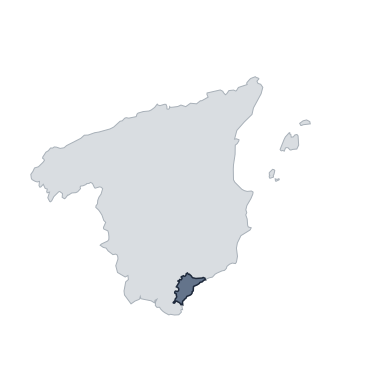 where Málaga sits in Spain, rotated 333°
{"feature_id": "ESP-5834", "entity_name": "Málaga", "entity_type": "Autonomous Community", "adm_level": 1, "iso_a3": "ESP", "parent_name": "Spain", "parent_adm1": "", "projection": "albers", "projection_center": [-4.853, 36.787], "detail": "fine", "context": "in_parent", "style": "filled", "palette": "slate", "viewbox_px": 384, "rotation_deg": 333, "n_neighbors": 0, "source": "natural_earth", "source_scale": "10m", "svg_char_len": 5193}
<svg xmlns="http://www.w3.org/2000/svg" viewBox="0 0 384 384"><g transform="rotate(333 192 192)"><path d="M200.9,97.9L201.0,98.8L202.6,100.5L207.4,101.4L208.6,102.1L208.4,104.5L207.4,106.6L208.4,107.5L209.6,107.4L210.9,105.7L211.2,106.8L213.4,107.7L218.2,109.4L221.6,109.5L225.2,113.1L230.9,112.2L236.1,115.5L240.9,114.5L242.0,115.1L249.4,114.8L249.6,111.8L250.4,110.6L263.5,113.9L265.2,116.3L265.1,117.6L265.9,120.5L267.6,120.2L270.9,118.4L275.4,120.1L276.7,121.8L277.6,121.9L280.8,119.9L289.9,121.3L290.1,119.9L290.7,119.4L294.4,117.9L295.9,117.5L300.7,118.0L301.5,119.6L302.5,120.2L303.0,121.6L300.2,122.7L300.1,125.2L302.1,127.2L302.6,130.9L298.1,135.9L284.9,145.0L280.7,150.1L270.5,153.3L259.9,157.5L253.9,164.2L255.6,164.7L257.6,166.7L257.0,167.7L254.3,169.4L251.8,169.9L247.5,178.0L241.4,186.5L239.2,190.3L234.5,200.0L234.6,202.8L237.6,212.1L239.2,214.5L241.4,216.5L245.4,218.1L246.4,219.8L245.2,221.5L241.4,224.7L234.7,229.0L231.9,232.3L231.4,235.3L229.5,236.8L228.9,241.1L226.4,247.1L226.3,248.7L228.5,250.8L226.5,252.2L215.8,253.1L209.3,258.0L206.1,262.2L203.3,270.0L199.8,274.6L198.2,275.5L195.6,273.6L192.5,273.4L189.4,274.1L187.9,275.7L185.4,276.6L182.9,275.9L177.6,275.6L175.3,275.7L171.6,277.1L168.4,276.3L163.1,275.9L151.6,277.0L150.1,277.5L145.0,282.7L139.4,282.8L134.3,284.9L130.9,289.9L130.2,292.6L129.2,291.9L128.5,292.1L128.0,294.2L124.5,295.4L120.6,293.7L117.3,291.2L115.6,291.0L112.9,287.1L111.7,284.6L110.9,281.9L110.8,280.0L108.4,278.9L107.8,276.5L109.7,273.3L112.1,271.6L109.9,271.7L108.2,273.7L106.2,270.4L98.0,263.9L98.5,261.6L97.0,263.3L96.1,263.7L91.8,263.3L86.9,264.0L85.1,253.1L86.5,249.3L92.1,242.0L95.6,241.1L97.0,237.3L93.9,237.4L89.1,229.9L90.6,223.1L95.6,218.1L96.5,216.0L96.7,214.1L95.8,212.7L93.1,211.9L90.5,206.4L90.0,203.0L87.8,201.1L86.0,197.7L87.7,197.2L94.6,197.4L96.3,196.6L97.6,194.3L99.0,190.7L99.4,188.4L96.7,185.1L96.6,184.5L97.0,183.4L101.3,179.9L100.5,177.2L101.3,171.6L101.0,168.3L100.6,165.6L99.3,162.1L100.2,160.7L102.4,159.6L104.2,156.7L106.7,154.4L110.0,152.6L113.9,148.5L113.3,146.6L112.0,145.5L107.4,144.6L107.1,143.8L107.2,139.2L106.0,137.4L104.3,137.6L101.7,136.7L101.1,137.2L97.8,137.0L95.5,136.2L94.5,136.8L94.2,138.4L90.2,139.9L88.1,139.8L84.5,138.3L80.4,138.7L80.0,138.3L76.4,140.0L75.3,140.1L73.9,137.8L75.9,134.6L74.4,131.5L73.3,131.3L66.8,133.4L62.9,136.2L61.4,136.5L60.9,135.9L60.9,131.7L65.0,127.4L62.6,127.0L62.7,125.7L64.4,123.7L62.8,122.1L63.0,117.6L59.5,118.9L58.6,118.6L58.6,116.8L60.9,113.3L58.7,112.8L57.1,111.3L55.1,108.3L55.1,106.7L56.4,103.1L59.5,101.5L62.6,99.1L66.6,99.8L72.8,97.9L74.9,96.8L74.9,95.3L74.2,94.1L74.9,93.1L79.9,90.2L82.8,90.0L85.9,88.6L87.9,89.6L89.7,89.3L91.6,90.5L94.3,93.3L98.1,94.5L101.3,93.7L117.3,93.7L121.8,92.5L125.3,94.1L132.2,95.0L136.3,96.3L147.6,98.6L151.7,98.6L160.0,96.3L162.2,96.9L165.5,95.7L167.1,95.9L169.2,97.5L176.5,99.5L178.4,97.6L179.8,97.2L185.1,98.2L190.4,100.3L193.1,100.4L197.1,99.7L200.9,97.9ZM305.3,188.2L307.3,188.9L309.4,187.9L310.5,188.1L311.6,188.4L312.0,190.1L308.3,198.7L304.9,201.3L301.2,199.8L299.1,199.5L298.4,198.9L297.7,196.3L296.7,195.5L295.3,195.2L292.7,197.5L291.8,196.2L290.4,196.0L289.9,195.2L289.8,194.1L297.8,187.1L300.1,185.4L305.2,183.4L306.0,183.5L305.4,184.6L306.2,185.4L305.3,188.2ZM328.9,182.7L328.3,185.0L321.8,182.6L319.7,182.4L319.1,182.0L319.1,179.7L323.3,179.0L326.8,179.8L328.9,182.7ZM272.0,214.0L271.4,215.7L268.2,215.3L267.4,214.7L268.0,212.8L268.9,212.5L268.9,211.2L269.7,209.8L274.1,208.4L275.2,209.3L275.5,210.5L273.0,213.5L272.0,214.0ZM275.5,220.3L275.1,220.7L271.6,220.6L271.5,219.6L272.1,218.0L273.5,219.4L275.5,219.6L275.5,220.3Z" fill="#d9dde1" stroke="#a8b0b8" stroke-width="1"/><path d="M164.2,276.4L163.6,276.2L162.9,276.0L161.8,276.2L160.3,276.7L158.2,276.2L157.7,276.3L157.1,276.8L155.2,277.0L154.6,277.1L150.8,276.8L150.4,277.0L150.2,277.2L149.6,278.3L149.5,278.5L149.2,278.8L148.9,279.2L148.9,279.6L148.2,280.7L146.9,280.9L146.3,282.0L145.5,282.5L145.3,282.6L144.9,282.8L144.0,283.0L143.1,283.0L140.6,282.7L140.1,282.7L139.9,282.7L139.7,282.9L138.2,284.0L136.7,284.1L135.7,284.7L135.4,284.8L134.6,284.9L134.3,285.0L134.0,285.2L133.7,285.6L133.1,286.6L133.1,286.9L132.8,287.8L132.6,288.2L132.1,287.2L131.1,287.5L130.8,285.6L130.4,284.6L129.6,283.7L129.1,282.6L128.9,282.3L128.6,282.2L127.8,282.2L127.0,282.5L126.2,283.0L125.8,283.0L125.5,282.8L125.2,282.6L125.0,282.3L125.1,281.9L125.3,281.8L127.1,281.2L127.7,280.8L127.9,280.6L128.3,279.9L128.5,279.7L129.8,279.2L130.4,278.8L130.8,278.4L131.2,276.7L131.6,276.1L131.7,275.6L130.9,274.7L130.8,274.1L130.9,273.8L131.5,273.1L131.8,272.9L132.4,272.8L133.9,274.0L134.6,274.0L135.2,273.7L135.8,273.1L136.2,272.3L136.2,271.5L136.0,270.7L135.0,269.4L139.8,266.5L140.1,265.9L139.2,265.3L139.0,265.0L139.1,264.9L139.5,264.7L140.6,265.1L140.8,265.0L141.0,264.8L141.2,264.5L141.3,264.4L141.5,264.4L142.4,265.3L142.8,265.2L143.6,264.7L144.0,264.3L144.1,263.8L143.7,263.0L144.0,262.6L145.4,262.7L146.3,262.7L146.6,263.6L147.9,263.8L149.1,263.1L149.9,262.1L151.2,262.1L151.4,263.7L152.4,264.1L152.5,264.5L153.2,266.3L153.4,267.9L153.5,268.4L153.8,268.8L156.2,270.8L162.1,273.3L163.1,273.2L164.4,274.7L164.1,275.7L164.2,276.4Z" fill="#64748b" stroke="#1e293b" stroke-width="1.5"/></g></svg>